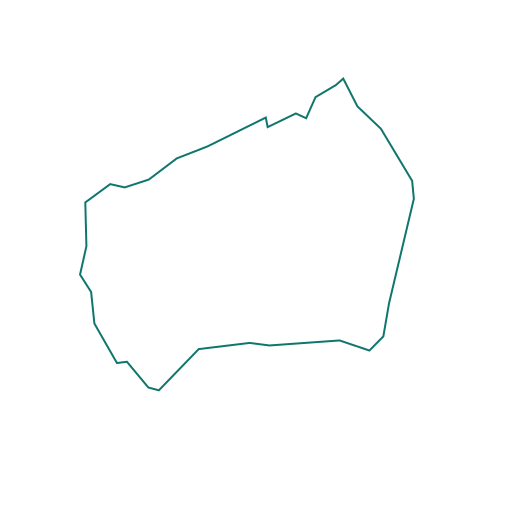 Cannon, Tennessee, United States of America (Mercator projection), rotated 55°
{"feature_id": "52423323B6550108004779", "entity_name": "Cannon", "entity_type": "district", "adm_level": 2, "iso_a3": "USA", "parent_name": "United States of America", "parent_adm1": "Tennessee", "projection": "mercator", "projection_center": [-86.082, 35.804], "detail": "fine", "context": "isolated", "style": "outline", "palette": "teal", "viewbox_px": 512, "rotation_deg": 55, "n_neighbors": 0, "source": "geoboundaries", "source_scale": "gbopen_adm2", "svg_char_len": 554}
<svg xmlns="http://www.w3.org/2000/svg" viewBox="0 0 512 512"><g transform="rotate(55 256 256)"><path d="M161.8,92.3L160.0,116.1L171.9,135.9L162.1,141.6L157.1,172.5L148.2,168.6L138.4,232.9L130.6,264.9L131.9,300.0L124.5,324.2L113.5,334.2L114.2,365.1L150.7,389.3L170.3,410.8L190.9,411.7L218.6,427.1L263.9,431.3L268.6,422.4L302.0,419.6L310.3,412.6L299.4,356.3L323.6,311.0L337.0,296.3L373.1,236.0L398.5,217.3L394.9,197.8L371.1,174.2L299.7,93.9L284.0,85.0L223.4,80.7L191.6,87.1L160.7,82.8L161.8,92.3Z" fill="none" stroke="#0f766e" stroke-width="2"/></g></svg>